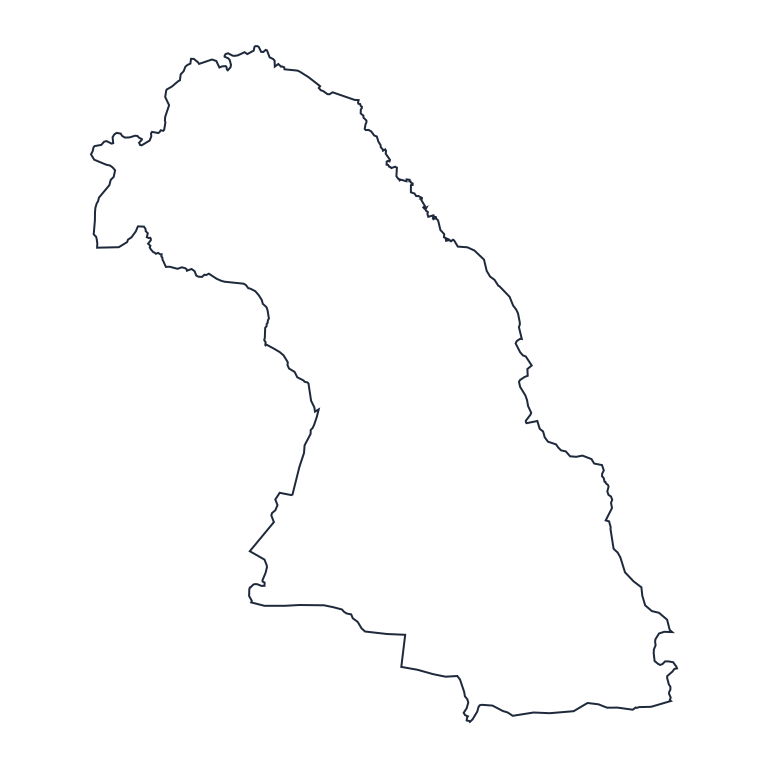 outline of Asene Akroso Manso, Eastern, Ghana
{"feature_id": "2480657B68278489034036", "entity_name": "Asene Akroso Manso", "entity_type": "district", "adm_level": 2, "iso_a3": "GHA", "parent_name": "Ghana", "parent_adm1": "Eastern", "projection": "orthographic", "projection_center": [-0.832, 5.854], "detail": "fine", "context": "isolated", "style": "outline", "palette": "slate", "viewbox_px": 768, "rotation_deg": 0, "n_neighbors": 0, "source": "geoboundaries", "source_scale": "gbopen_adm2", "svg_char_len": 6046}
<svg xmlns="http://www.w3.org/2000/svg" viewBox="0 0 768 768"><path d="M512.8,715.8L533.6,712.5L549.7,713.2L573.6,711.2L587.5,703.0L598.4,704.3L607.1,707.7L617.5,707.6L632.7,709.7L635.7,707.5L636.8,707.9L639.1,707.1L651.1,706.8L670.9,701.0L669.8,700.1L670.7,697.6L669.0,693.7L669.2,691.9L670.4,689.6L670.4,686.8L668.8,684.3L667.1,677.8L667.2,676.1L672.4,671.6L674.4,668.9L677.0,668.4L676.4,666.7L673.1,662.2L668.4,661.4L665.1,661.4L662.4,664.1L660.0,664.9L658.1,663.9L654.6,661.0L653.7,653.3L653.9,649.4L655.6,645.3L655.1,641.8L655.4,639.3L659.0,633.5L664.2,631.8L672.2,632.1L669.7,629.9L667.1,619.7L659.0,612.8L651.9,611.1L645.2,605.4L642.3,595.7L641.4,587.3L633.6,581.4L625.0,572.3L620.4,557.5L617.7,552.6L613.6,548.8L610.5,529.1L610.7,527.3L609.1,521.4L605.7,520.4L612.0,508.0L611.0,502.9L612.2,499.8L611.0,496.5L608.5,494.9L607.3,491.5L608.6,486.5L607.8,484.8L605.9,483.3L605.5,482.0L604.6,481.8L603.7,478.1L602.0,476.2L602.2,473.6L603.8,470.4L602.0,465.1L594.1,463.5L591.5,459.1L582.5,455.6L576.3,456.8L570.1,456.3L565.8,451.4L561.1,450.4L558.2,447.5L556.1,444.4L548.0,441.7L544.7,437.3L543.1,431.5L539.7,428.8L537.3,421.0L526.6,423.2L526.0,422.5L525.8,420.8L530.6,414.5L531.2,412.8L528.1,406.1L527.0,400.0L525.4,395.5L520.1,386.8L519.0,381.9L519.9,380.1L524.7,376.9L527.7,375.8L527.4,369.0L531.7,365.5L525.8,356.5L522.8,355.3L520.2,352.3L515.6,343.4L516.8,341.0L520.2,338.8L521.8,339.0L518.9,327.1L519.8,324.7L519.8,322.5L518.0,313.4L516.2,309.6L513.1,305.5L509.6,296.8L499.5,286.3L498.3,285.7L494.5,279.8L490.1,276.6L486.7,270.9L484.0,259.6L474.4,250.5L467.4,247.3L457.8,246.6L454.1,240.4L452.9,239.7L451.0,241.3L449.1,240.1L446.1,240.8L445.8,239.0L447.3,238.8L444.0,237.3L444.2,234.1L440.4,230.0L438.3,221.2L437.7,219.9L436.3,218.9L435.9,217.1L434.6,216.9L434.3,218.7L433.4,219.2L432.8,218.1L433.8,216.0L433.5,215.3L428.3,216.8L427.4,213.9L427.9,212.1L425.8,210.5L425.6,209.2L426.5,207.5L424.4,208.6L423.3,207.4L424.9,206.0L421.4,200.2L421.8,198.8L420.6,198.7L421.5,197.7L418.3,196.0L416.2,196.1L414.5,193.5L410.9,192.3L410.9,185.5L411.1,185.0L412.6,185.0L412.7,183.5L410.8,182.5L410.6,181.5L409.4,181.3L409.6,179.8L406.6,179.4L406.5,181.3L401.0,179.7L399.7,180.4L399.4,179.1L398.5,179.1L396.4,176.3L396.9,167.7L395.1,166.7L391.3,168.1L390.7,167.2L389.2,166.8L388.2,165.0L386.6,164.7L386.7,161.6L387.9,160.9L389.5,161.4L390.0,159.9L385.7,153.7L386.0,150.8L385.2,149.4L383.0,150.7L382.6,149.2L380.8,147.3L380.5,144.9L378.5,141.9L376.8,136.5L374.2,135.5L371.2,131.4L368.5,129.9L365.8,130.1L364.7,128.9L365.6,124.0L366.5,122.2L366.4,120.5L363.5,117.7L363.4,115.6L360.7,113.5L360.8,109.5L361.8,108.1L361.9,106.8L360.8,106.1L360.1,104.0L358.5,103.8L358.0,102.6L358.6,100.1L354.6,99.9L332.6,92.3L329.5,94.3L327.4,94.1L323.1,91.0L320.9,90.3L318.8,88.0L320.1,86.2L308.6,77.2L299.7,71.6L297.5,70.6L284.5,69.3L284.2,67.3L281.9,66.4L281.1,66.7L278.3,64.0L274.8,66.6L274.6,60.7L273.1,59.0L269.6,57.3L267.0,50.4L265.7,49.9L263.3,52.0L261.2,51.9L258.7,46.9L257.3,46.1L255.5,46.1L254.5,46.8L253.7,50.6L247.3,54.1L244.6,52.2L237.7,55.4L234.2,55.9L232.5,55.6L228.1,53.3L225.7,54.0L224.7,55.4L224.6,56.7L228.2,58.3L229.6,59.8L231.0,64.8L230.5,67.3L227.8,70.3L226.9,69.5L226.5,67.0L225.6,66.1L222.0,66.4L219.4,67.5L216.3,61.0L212.0,59.5L199.1,63.9L197.9,62.2L193.8,58.9L191.0,58.8L190.4,63.6L187.5,64.9L185.4,66.7L183.6,71.3L180.7,74.3L179.9,80.3L178.3,81.1L171.8,86.6L166.9,89.4L166.2,90.5L165.2,97.0L169.1,105.2L165.2,116.8L164.9,120.5L165.4,122.4L164.2,129.7L163.3,130.8L160.7,130.3L159.5,132.2L158.3,133.0L152.0,131.9L151.0,133.4L151.3,136.3L149.7,140.5L141.7,145.3L140.1,145.0L139.1,142.7L141.9,139.7L141.9,139.1L139.0,137.7L137.5,136.0L135.1,135.7L129.6,137.4L125.0,137.6L122.1,135.9L120.7,133.6L116.6,132.9L114.3,134.4L112.6,137.2L113.2,143.2L111.6,143.6L106.5,141.1L104.1,141.7L101.3,144.9L94.6,146.1L93.6,147.2L92.6,151.3L91.0,154.4L94.2,159.7L106.0,164.6L109.9,165.5L112.5,167.3L115.1,170.3L113.7,176.9L110.7,179.9L109.4,185.1L98.9,197.7L98.1,201.2L96.7,203.4L95.4,207.8L95.0,212.1L94.9,220.4L93.7,234.4L96.0,236.6L96.6,238.5L97.3,243.3L97.1,247.7L118.8,247.2L127.1,242.1L128.0,239.6L131.4,237.4L135.8,231.4L137.9,226.4L143.9,226.6L145.5,228.8L145.7,231.1L147.8,233.3L146.8,237.2L148.7,238.0L150.2,237.8L150.8,238.7L150.8,240.2L148.1,243.7L150.4,245.8L149.7,247.4L150.7,249.2L153.3,252.2L154.5,252.5L155.8,253.8L158.1,252.9L160.4,254.4L161.6,254.3L161.4,256.6L162.4,257.6L162.4,259.2L165.9,266.9L169.5,266.7L177.5,268.8L181.9,267.3L185.4,268.3L186.6,269.3L186.9,270.7L191.6,269.0L194.6,271.2L196.3,275.6L198.5,276.7L202.0,276.9L204.4,274.7L206.0,275.1L208.9,273.7L216.5,278.7L221.2,280.8L224.5,281.7L243.6,283.7L245.9,285.0L248.3,288.2L250.2,288.6L255.3,291.2L258.9,295.4L261.8,300.1L262.8,303.8L266.5,307.2L267.6,310.5L268.9,318.6L267.9,320.3L267.6,322.9L266.7,323.9L266.6,326.2L265.2,327.8L264.8,338.0L264.2,340.0L265.6,342.2L265.3,345.0L265.6,345.4L266.6,344.7L274.2,348.8L279.9,352.2L283.6,355.4L287.8,362.3L287.5,365.1L289.0,368.5L294.6,371.9L297.3,377.3L303.6,380.5L304.5,381.7L307.6,382.5L308.5,383.6L311.1,400.8L314.3,407.3L315.0,411.6L318.7,409.4L316.7,417.2L314.1,424.9L312.5,428.2L310.7,430.0L310.6,433.9L304.6,445.3L304.0,453.0L299.4,466.9L292.5,494.5L291.4,495.1L279.7,492.8L275.3,499.5L277.5,505.1L275.4,510.2L272.0,513.1L271.3,515.4L273.9,522.1L249.8,551.2L264.5,559.6L266.8,565.5L266.9,567.5L265.6,572.8L262.5,580.2L262.6,581.5L264.6,582.6L264.5,585.8L261.5,585.9L257.2,584.2L254.7,584.1L253.2,584.7L250.3,587.6L249.9,587.5L249.3,589.1L249.1,596.0L251.8,600.8L251.2,602.4L264.4,605.8L284.9,605.8L299.6,605.0L324.1,605.3L333.3,607.2L342.0,609.5L344.0,611.8L346.7,613.5L351.2,614.4L352.8,618.3L357.7,621.9L361.5,628.3L365.0,631.5L386.9,634.0L405.2,634.8L401.3,666.9L417.6,669.8L433.3,674.2L445.6,676.7L457.3,676.0L460.0,679.5L464.2,692.0L464.9,696.3L467.3,699.2L468.3,702.5L466.7,708.2L463.7,712.8L465.1,715.2L467.9,716.3L467.0,717.7L466.7,720.5L469.2,721.0L469.9,721.9L472.6,719.3L477.3,711.5L478.5,707.0L479.7,705.3L481.8,704.8L492.5,705.6L502.8,711.0L507.5,712.4L512.8,715.8Z" fill="none" stroke="#1e293b" stroke-width="2"/></svg>